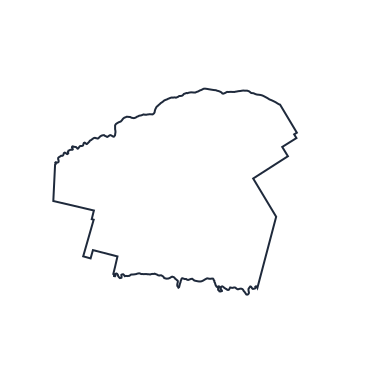 Atamisqui, Santiago del Estero, Argentina, rotated 138°
{"feature_id": "61730980B38115144575329", "entity_name": "Atamisqui", "entity_type": "district", "adm_level": 2, "iso_a3": "ARG", "parent_name": "Argentina", "parent_adm1": "Santiago del Estero", "projection": "orthographic", "projection_center": [-63.835, -28.669], "detail": "fine", "context": "isolated", "style": "outline", "palette": "slate", "viewbox_px": 384, "rotation_deg": 138, "n_neighbors": 0, "source": "geoboundaries", "source_scale": "gbopen_adm2", "svg_char_len": 6055}
<svg xmlns="http://www.w3.org/2000/svg" viewBox="0 0 384 384"><g transform="rotate(138 192 192)"><path d="M196.0,292.2L197.3,292.1L197.9,292.1L199.9,292.9L202.0,293.3L203.2,293.4L204.5,293.0L205.0,292.5L205.6,291.8L206.4,290.9L207.0,290.3L208.0,288.7L208.8,287.7L210.4,286.4L211.2,285.7L212.0,285.5L213.1,285.4L213.5,285.9L213.8,286.9L214.2,288.2L214.7,289.0L215.5,289.2L216.5,289.4L217.9,289.5L218.2,289.7L218.5,290.4L218.7,291.2L219.1,291.8L219.3,293.1L220.1,293.7L221.4,294.4L222.8,294.7L223.6,294.7L225.1,294.6L225.9,294.6L226.5,295.0L226.7,295.5L227.3,296.1L227.5,296.7L228.1,297.4L229.0,297.8L230.4,298.0L232.2,298.1L233.7,298.5L234.6,298.1L235.8,298.1L236.6,298.0L238.0,298.0L238.3,298.2L238.4,298.8L238.5,299.7L238.7,300.5L239.6,300.8L240.2,300.5L240.6,300.2L241.3,299.8L241.8,299.5L242.4,299.6L242.9,299.8L243.5,300.2L243.8,300.6L244.5,301.0L245.1,301.0L245.7,300.9L246.6,300.7L247.5,300.5L248.0,300.7L248.1,301.0L248.0,301.5L248.1,302.4L248.1,302.9L248.6,303.6L249.2,304.3L249.6,304.7L250.0,305.7L250.7,305.9L251.2,305.6L251.5,305.3L251.5,304.8L252.0,303.5L252.5,303.4L253.0,303.7L253.6,304.4L254.5,304.9L255.3,305.0L256.1,305.4L256.6,305.1L257.4,304.9L257.8,304.2L257.9,303.7L258.7,303.5L259.3,303.6L259.6,304.1L259.7,304.8L259.8,305.7L260.3,306.5L261.3,306.6L262.0,306.1L262.7,305.7L263.4,305.5L263.9,305.6L264.4,305.8L264.9,306.5L266.6,306.7L267.4,306.9L268.5,306.9L268.8,306.7L269.5,306.0L269.8,305.2L270.1,304.7L270.4,304.2L271.0,303.7L271.7,303.7L272.1,303.8L272.7,304.1L273.0,304.3L273.0,304.9L273.3,305.3L274.0,305.3L274.3,304.8L274.3,304.3L274.5,304.0L275.0,303.9L275.5,303.9L301.1,278.1L277.3,243.9L284.7,238.9L283.6,237.2L315.9,217.0L311.8,210.5L304.5,215.1L290.5,194.0L299.2,187.9L305.4,183.7L305.3,182.7L306.2,181.7L305.6,180.9L304.8,181.1L304.3,182.3L303.6,182.4L302.7,182.0L302.4,181.2L302.6,179.9L303.1,179.1L303.3,177.5L303.2,176.3L302.5,175.8L301.8,175.5L301.1,176.0L300.7,176.8L299.9,177.7L299.0,177.5L298.2,176.9L298.1,175.8L298.3,174.4L297.3,173.9L296.2,172.7L294.6,171.6L292.5,171.4L290.7,169.9L289.4,169.0L288.3,168.3L287.4,168.0L285.9,167.1L285.3,166.5L284.7,165.1L284.3,164.7L283.8,164.3L283.2,163.6L281.1,161.8L280.5,161.2L280.3,160.8L280.0,160.6L279.6,160.2L279.0,159.6L278.3,158.7L277.5,158.4L276.3,157.7L274.9,156.4L274.4,156.3L274.3,156.1L273.8,155.1L273.5,154.4L273.1,153.7L273.0,153.0L272.8,152.6L272.1,151.7L271.6,151.5L270.6,150.6L270.3,149.7L270.0,148.6L270.0,147.6L270.2,146.9L270.2,146.5L270.1,146.4L269.5,145.6L269.2,144.9L268.3,144.2L267.9,143.8L267.2,143.4L265.8,142.9L264.9,142.8L263.4,142.4L263.2,141.9L262.6,141.1L262.5,140.8L262.4,139.7L262.5,138.4L262.4,138.1L262.2,137.5L262.2,136.5L262.0,136.0L262.0,135.6L262.6,134.7L264.1,133.7L265.2,132.8L265.8,131.9L265.8,131.4L266.0,130.4L266.1,130.0L265.3,129.9L263.5,131.1L263.1,131.4L261.8,132.2L260.8,132.7L259.8,133.5L258.8,133.9L258.1,134.4L257.0,134.5L256.7,134.1L255.6,132.1L254.6,131.3L254.5,130.9L254.3,130.0L253.7,129.2L253.0,128.9L251.5,128.3L251.0,128.1L250.4,127.7L250.0,127.5L249.6,125.6L249.6,125.0L249.1,124.0L248.7,123.5L247.9,122.4L246.9,121.1L246.3,120.5L245.5,119.8L244.7,119.3L243.9,119.0L242.9,118.7L241.8,118.5L240.7,118.3L240.0,118.1L239.0,117.9L238.4,117.5L238.1,117.3L237.8,116.7L237.2,116.0L236.7,115.4L235.4,114.5L234.4,113.6L234.4,112.9L234.8,111.9L234.8,111.1L235.5,110.3L235.7,109.2L236.2,108.2L236.9,106.6L236.9,106.0L237.1,105.4L237.0,104.8L236.8,104.3L236.2,104.0L235.5,104.2L235.0,103.6L235.0,103.1L235.5,102.9L236.7,102.9L237.3,102.7L237.7,102.3L237.9,102.0L238.1,101.5L237.9,100.5L238.1,99.8L237.7,99.4L237.4,99.0L236.3,98.5L236.0,98.4L235.7,98.8L235.9,99.3L235.7,99.8L235.7,100.7L235.2,101.0L234.1,101.9L233.6,102.0L232.7,101.7L232.4,101.0L232.2,100.1L232.1,98.8L231.8,98.1L231.7,97.4L231.3,96.8L231.3,96.0L231.2,95.6L230.9,95.3L230.5,94.9L229.8,94.7L227.5,95.5L227.0,94.8L226.4,94.0L225.7,93.4L224.9,93.1L224.3,92.6L223.7,91.8L223.7,91.0L223.3,89.4L222.9,88.9L221.8,88.4L220.6,87.7L220.1,87.2L219.5,86.1L219.5,85.0L219.8,83.9L219.8,82.3L220.0,80.9L220.2,79.6L219.8,78.9L219.1,78.5L218.4,78.5L217.6,78.7L217.1,79.0L216.6,79.8L216.1,80.7L215.0,82.1L213.3,82.6L211.9,82.8L211.5,82.1L211.8,79.9L211.6,79.2L210.9,78.8L210.2,78.4L209.4,78.1L208.8,78.5L208.4,79.2L207.5,79.1L207.1,78.4L207.2,77.7L207.4,77.1L146.0,117.3L137.5,161.1L96.8,154.4L94.8,165.1L78.3,162.2L77.5,166.5L74.4,165.9L68.1,198.0L68.6,198.8L69.2,200.6L69.8,202.8L70.5,204.6L71.5,207.0L72.5,209.0L73.1,211.3L74.4,214.9L75.1,216.6L76.1,218.2L77.3,219.6L78.4,220.8L79.0,221.7L79.5,222.6L79.9,223.6L80.4,224.5L81.2,225.3L81.7,225.9L81.9,226.6L82.0,227.6L82.3,228.8L83.2,230.4L85.0,232.0L85.9,233.0L87.0,233.8L88.3,234.6L90.1,235.9L91.6,236.8L92.5,237.4L93.6,238.0L95.7,240.0L96.8,241.0L98.2,242.1L98.9,242.9L99.9,243.2L100.7,243.3L101.5,243.6L102.1,243.8L103.0,244.2L103.5,244.9L103.5,245.7L103.5,246.4L103.8,247.2L104.1,248.0L104.7,249.2L105.6,250.5L106.1,251.6L107.4,253.0L108.8,254.7L110.0,256.2L110.5,256.8L111.8,258.5L112.4,259.2L113.0,259.9L113.5,260.4L114.4,261.0L115.7,261.3L117.1,261.7L117.9,262.1L120.4,262.7L121.6,263.3L123.0,263.7L123.8,264.4L125.5,266.2L126.4,267.0L127.7,267.8L128.5,268.2L129.3,268.5L129.9,269.3L130.8,269.6L131.7,270.0L132.4,270.3L133.1,270.2L133.8,270.1L134.6,270.1L135.5,270.5L136.5,271.2L137.2,271.8L137.9,272.0L138.3,272.0L138.9,272.1L139.6,272.4L140.3,272.6L140.9,272.9L141.2,273.5L141.7,274.0L142.6,274.6L143.1,274.9L143.6,275.6L144.4,276.1L145.3,276.5L146.5,276.9L147.5,277.3L148.8,277.6L149.9,278.1L151.4,278.6L152.9,278.6L154.8,278.8L155.7,279.0L157.4,278.9L158.6,279.0L160.0,278.9L160.7,279.0L161.2,279.0L161.9,278.8L163.7,278.1L164.3,277.8L165.3,277.2L166.0,276.6L166.6,276.2L167.6,275.9L168.4,275.9L169.3,276.0L169.8,276.5L170.7,277.4L171.6,278.3L172.3,278.7L173.2,279.4L174.1,279.9L174.6,280.2L175.0,280.8L175.8,281.5L175.9,281.9L176.7,282.3L177.7,282.6L178.8,283.1L179.8,283.8L180.4,284.1L181.7,284.4L182.6,284.8L183.7,284.9L185.1,285.4L185.9,285.9L187.3,287.7L187.7,289.0L189.1,290.5L190.1,291.6L191.4,292.0L192.5,292.5L194.0,292.6L194.8,292.5L196.0,292.2Z" fill="none" stroke="#1e293b" stroke-width="2"/></g></svg>